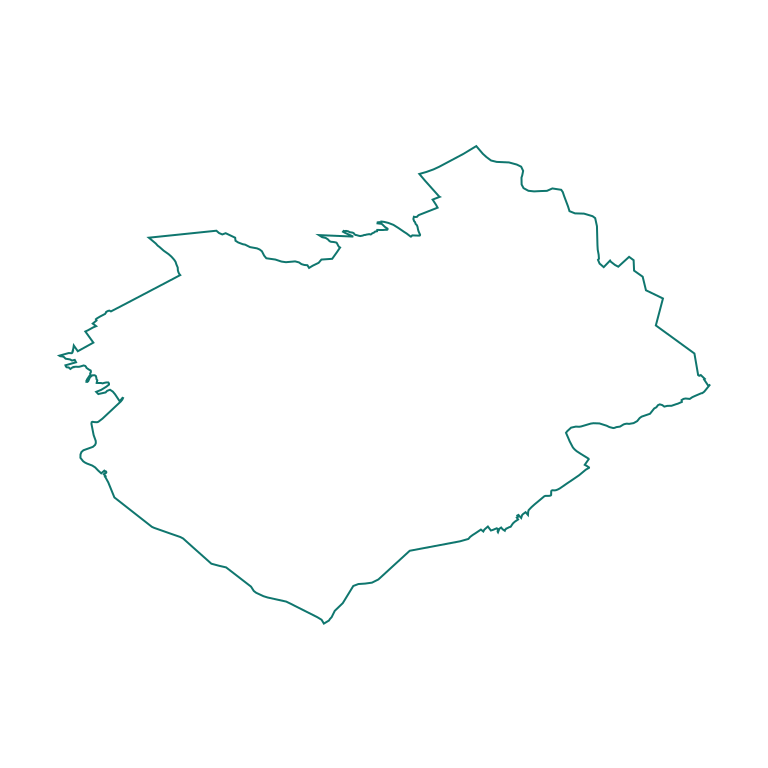 outline of Bascov, Arges, Romania, rotated 3°
{"feature_id": "2599482B67897088940014", "entity_name": "Bascov", "entity_type": "district", "adm_level": 2, "iso_a3": "ROU", "parent_name": "Romania", "parent_adm1": "Arges", "projection": "equal_earth", "projection_center": [24.784, 44.893], "detail": "fine", "context": "isolated", "style": "outline", "palette": "teal", "viewbox_px": 768, "rotation_deg": 3, "n_neighbors": 0, "source": "geoboundaries", "source_scale": "gbopen_adm2", "svg_char_len": 6075}
<svg xmlns="http://www.w3.org/2000/svg" viewBox="0 0 768 768"><g transform="rotate(3 384 384)"><path d="M336.5,626.4L341.4,623.1L342.3,621.5L343.9,619.6L346.7,613.1L354.3,605.0L363.9,587.3L368.9,585.1L375.6,584.3L382.4,583.0L388.6,579.5L418.4,549.2L468.2,537.1L476.4,534.3L478.0,532.2L480.4,530.2L483.2,528.2L488.4,524.3L490.9,526.1L491.7,524.4L492.6,523.4L495.2,520.9L498.4,524.7L500.4,524.0L502.0,523.2L504.1,522.2L504.9,522.6L505.4,524.3L505.2,525.5L505.6,526.1L506.8,522.5L508.5,521.2L510.1,522.9L512.3,524.2L512.6,523.1L513.2,522.7L513.7,521.9L514.6,521.6L516.2,520.6L518.0,519.9L519.4,517.5L520.2,516.3L521.9,514.6L525.0,512.3L523.6,510.4L524.8,509.6L524.0,508.4L525.1,507.7L528.0,510.6L528.8,507.6L529.7,506.6L532.1,504.6L534.6,507.2L534.7,503.9L535.0,502.5L535.8,501.5L537.8,499.2L540.6,496.4L550.0,487.7L551.0,487.3L555.2,487.0L556.3,486.6L556.7,486.1L556.6,482.3L556.9,481.7L557.7,481.3L560.1,481.3L561.4,481.0L563.0,480.3L565.0,479.1L572.0,473.7L579.3,468.2L583.6,464.9L590.0,459.0L593.1,457.0L593.1,456.6L591.1,455.4L588.7,454.2L592.4,448.3L592.1,447.8L584.4,443.6L579.9,441.0L578.1,439.6L577.0,438.6L575.9,437.4L572.4,431.5L571.1,428.8L568.3,423.2L569.4,421.6L573.1,417.8L577.8,416.5L581.1,416.5L583.0,416.1L592.6,412.7L595.3,412.2L601.2,412.1L608.5,414.0L611.3,415.2L615.2,416.0L616.6,415.7L618.3,414.9L621.9,414.2L625.4,411.8L626.8,411.3L628.5,410.9L630.9,411.0L635.3,410.0L638.8,407.8L641.1,404.6L643.0,403.1L651.2,399.8L655.1,394.3L657.2,393.0L658.7,390.8L660.5,389.9L663.0,390.5L665.1,391.9L668.1,391.0L672.3,390.7L676.7,388.9L678.4,388.3L682.4,386.3L682.0,384.5L683.9,383.2L685.9,382.7L690.1,382.9L692.6,381.0L695.3,379.6L701.4,376.6L702.3,376.5L704.2,374.9L709.7,367.4L708.1,369.0L703.4,362.7L704.1,362.1L699.9,358.5L698.8,359.2L698.3,359.3L697.5,358.4L697.2,358.5L697.1,358.3L697.0,357.6L692.4,337.3L652.4,311.3L658.1,284.0L640.7,276.7L636.7,263.3L627.8,257.7L626.8,247.3L622.1,244.2L611.8,254.6L608.4,253.0L604.1,250.0L603.3,248.9L597.3,255.8L595.0,254.0L594.8,253.8L593.0,252.5L591.2,248.8L592.1,247.7L591.6,243.7L590.4,238.7L589.9,234.2L588.4,215.3L586.2,207.3L583.5,205.5L574.8,203.4L565.8,203.6L560.2,201.7L558.5,197.1L554.0,186.8L552.5,183.0L550.8,180.8L541.9,179.9L536.6,182.6L530.6,183.1L523.8,183.8L518.1,183.5L513.1,181.1L511.0,177.6L510.5,170.7L511.1,168.5L511.8,163.9L509.6,159.8L505.1,157.9L497.2,156.2L484.9,156.3L479.2,155.2L474.4,152.0L470.6,148.9L463.7,141.6L451.0,150.2L427.7,164.2L422.2,167.1L415.3,170.0L408.3,172.4L414.5,179.0L429.4,194.0L429.8,194.2L422.9,197.3L426.7,202.5L428.3,205.1L410.5,213.2L409.7,213.6L409.2,214.1L408.8,214.5L408.4,215.2L408.0,215.4L407.3,215.5L406.3,215.6L405.1,215.4L404.7,217.7L405.6,219.9L406.5,220.7L407.2,222.5L408.6,223.8L409.3,225.5L409.8,227.6L410.5,229.7L412.2,233.0L412.1,233.7L411.4,234.0L405.3,234.1L404.5,234.1L403.3,235.4L402.9,235.4L398.7,232.5L396.2,231.1L390.3,227.5L385.1,224.6L379.9,222.9L375.6,222.1L372.9,221.9L372.9,222.8L371.0,222.6L369.2,222.9L369.1,223.9L373.1,224.2L373.7,224.5L376.6,227.0L378.2,228.0L378.8,228.3L379.3,228.6L379.5,228.9L379.4,229.5L379.1,229.8L378.7,229.9L377.3,229.9L374.7,230.3L369.2,230.5L369.1,231.8L367.7,232.1L366.9,232.4L366.4,233.1L364.3,234.2L363.1,235.3L362.4,235.4L361.9,235.2L361.3,235.1L360.3,235.4L359.5,235.5L358.4,235.8L357.7,236.1L356.7,236.2L356.0,236.4L355.0,236.9L352.5,237.5L351.1,237.3L348.5,236.7L347.8,236.7L346.7,236.0L345.9,235.0L344.8,234.5L341.9,234.2L340.2,233.4L338.2,233.1L336.4,233.4L335.7,233.2L335.1,234.1L337.0,235.0L345.6,238.4L311.2,238.7L314.5,240.6L318.1,241.2L320.4,242.5L321.7,243.8L322.6,244.4L323.4,244.7L324.2,244.8L325.5,244.8L327.6,245.0L329.1,245.3L329.6,245.8L331.1,248.4L331.9,249.4L333.0,250.0L330.1,254.8L325.7,261.7L315.0,263.0L312.4,266.4L306.6,269.6L303.1,272.0L301.3,269.4L298.2,269.3L295.3,268.6L292.7,267.0L288.8,266.2L279.7,267.5L275.2,267.1L269.0,265.4L259.9,264.6L257.6,262.1L255.1,257.8L252.8,256.2L250.1,255.2L243.0,254.3L238.0,252.1L235.7,251.8L231.0,250.3L228.2,248.7L227.7,245.7L218.0,241.7L214.7,243.1L211.4,241.9L208.6,239.7L141.5,250.2L148.7,255.6L150.8,257.7L152.6,258.9L157.0,262.4L162.1,265.6L165.0,267.9L166.9,269.8L168.2,271.2L169.5,273.0L170.4,275.4L171.9,278.5L172.2,281.3L172.8,283.0L173.6,284.6L174.8,285.9L127.2,314.2L107.5,325.8L106.0,325.1L104.7,325.4L104.1,325.8L103.8,325.9L102.8,326.5L102.8,326.9L101.8,328.6L96.9,331.5L93.9,333.5L92.9,334.4L93.6,335.6L90.0,338.9L93.5,341.3L90.6,342.7L85.3,346.0L83.0,347.2L91.6,357.9L76.5,367.3L72.2,361.8L71.9,364.8L71.3,367.4L71.6,367.4L71.2,368.9L70.9,369.3L70.5,369.6L67.5,369.6L58.3,372.7L59.2,373.2L61.3,373.3L62.8,373.7L64.7,375.4L69.2,375.9L71.2,376.9L73.9,376.1L75.3,378.4L64.9,382.0L65.2,382.7L65.4,383.1L66.2,383.9L68.3,384.0L70.0,385.4L72.1,383.7L73.2,383.5L73.2,383.2L75.2,382.9L78.5,382.8L80.4,382.2L83.1,381.2L84.7,381.6L85.4,382.3L86.1,383.5L88.3,384.9L90.4,385.9L90.7,387.3L90.0,388.9L90.5,390.5L89.6,391.0L87.2,395.0L86.7,396.5L86.7,397.4L87.7,397.4L87.9,397.0L87.6,396.7L88.5,396.6L90.0,392.7L92.3,390.6L94.6,390.4L95.8,391.1L96.3,392.4L96.7,394.4L97.5,395.3L97.0,397.8L97.0,398.0L101.3,397.8L103.0,398.1L104.6,397.5L106.6,397.0L108.6,396.9L109.3,397.8L109.4,399.0L106.9,401.2L101.8,404.7L97.0,406.9L99.0,408.8L99.3,409.0L99.5,408.9L106.4,407.0L107.9,405.3L110.7,404.1L113.6,405.8L116.0,408.4L120.9,415.0L122.0,413.7L123.6,411.5L124.1,411.7L123.5,413.2L122.1,415.2L104.7,433.3L100.7,436.7L99.4,437.2L96.9,437.2L94.8,437.0L94.1,437.4L93.9,439.0L96.7,450.2L99.1,455.9L99.3,458.1L98.7,459.9L96.6,462.0L87.3,465.9L85.4,467.8L84.6,470.2L84.7,473.6L87.6,476.9L89.5,478.1L91.6,479.0L96.9,480.7L99.9,482.4L103.1,485.4L106.3,488.0L109.2,485.2L109.6,485.6L110.2,485.6L110.8,485.8L111.1,486.1L111.3,486.5L111.3,487.0L111.0,487.4L110.5,487.8L110.1,487.9L109.8,487.8L108.9,488.8L110.8,490.6L110.2,491.2L110.7,491.7L113.8,496.7L120.7,511.4L159.7,538.8L162.0,539.7L179.0,544.7L188.7,547.5L191.5,548.8L201.4,556.8L221.0,572.5L229.0,574.2L235.9,575.4L261.8,593.3L264.8,597.5L267.3,599.2L274.7,602.2L279.0,603.3L297.7,606.4L303.2,608.7L306.5,610.2L329.7,620.4L334.0,622.7L336.5,626.4Z" fill="none" stroke="#0f766e" stroke-width="2"/></g></svg>